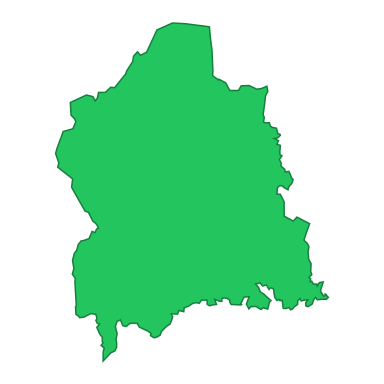 Agloi Vavatsinias, Larnaca, Cyprus (Equal Earth projection)
{"feature_id": "46923920B2556379432135", "entity_name": "Agloi Vavatsinias", "entity_type": "district", "adm_level": 2, "iso_a3": "CYP", "parent_name": "Cyprus", "parent_adm1": "Larnaca", "projection": "equal_earth", "projection_center": [33.198, 34.889], "detail": "fine", "context": "isolated", "style": "filled", "palette": "green", "viewbox_px": 384, "rotation_deg": 0, "n_neighbors": 0, "source": "geoboundaries", "source_scale": "gbopen_adm2", "svg_char_len": 3520}
<svg xmlns="http://www.w3.org/2000/svg" viewBox="0 0 384 384"><path d="M145.0,53.0L140.5,55.3L137.5,51.8L133.5,56.2L132.7,61.6L126.8,70.7L125.5,74.4L124.3,75.6L114.6,87.7L110.7,87.3L108.8,89.1L105.3,92.4L98.6,92.4L97.4,98.0L95.2,100.9L92.9,96.6L86.5,95.0L70.3,102.5L71.1,115.3L74.6,118.8L75.8,121.8L72.8,128.8L63.1,131.5L61.4,136.7L60.2,139.6L57.0,148.4L55.6,153.4L58.8,162.9L57.7,167.2L72.6,178.9L71.6,187.3L85.1,211.2L88.4,212.3L92.8,221.1L95.5,223.2L96.9,224.8L98.4,228.2L96.5,229.1L95.0,232.7L92.1,231.4L89.1,238.6L84.3,240.3L81.0,241.0L78.3,244.4L76.7,250.2L74.4,253.3L72.5,260.4L73.9,268.5L72.3,274.2L75.3,278.3L74.9,281.9L76.3,305.9L75.5,306.9L76.0,314.5L78.0,315.6L79.6,317.6L83.5,317.3L90.9,313.6L95.8,314.4L97.0,318.3L95.9,320.4L97.1,323.1L99.5,324.2L96.8,327.3L99.3,333.1L100.6,335.2L102.3,337.3L102.2,341.3L103.1,342.7L101.1,345.4L104.2,348.1L103.2,351.7L103.1,361.0L103.7,360.4L110.6,353.0L115.0,350.8L116.6,347.3L116.6,342.2L116.0,339.5L117.1,333.9L115.4,326.4L117.1,321.3L120.5,320.0L122.8,325.7L126.2,326.5L129.5,323.7L132.4,323.1L137.3,323.5L139.3,327.1L142.4,328.6L148.2,331.3L151.1,333.6L150.5,335.6L154.1,337.8L157.3,336.9L160.2,335.1L161.4,331.5L166.7,326.2L170.0,324.1L171.7,319.9L172.7,316.9L171.2,313.8L177.6,314.1L178.9,310.5L183.8,311.7L184.2,307.7L188.2,306.4L193.0,303.3L196.5,302.7L199.2,303.3L201.6,300.1L207.0,300.1L207.3,304.5L209.7,305.8L212.6,304.9L216.5,304.5L214.7,299.3L216.5,300.2L219.7,301.2L221.8,301.4L221.9,298.4L224.8,297.9L227.1,298.4L229.9,300.3L229.8,302.1L231.2,304.5L234.5,304.6L240.7,305.0L241.6,304.6L240.8,303.6L244.1,297.1L249.1,296.7L246.4,304.1L248.9,308.9L251.3,306.4L252.8,306.7L254.7,306.4L256.8,306.8L258.3,308.0L261.1,309.5L263.1,307.7L267.7,309.1L269.4,302.4L271.0,300.6L266.5,296.6L263.7,294.0L262.2,293.1L260.5,292.0L259.6,290.1L258.5,287.3L255.5,284.1L260.1,282.9L262.7,286.0L266.4,285.0L269.0,289.4L270.4,287.8L273.2,288.6L273.9,290.8L274.0,293.5L274.9,297.5L276.9,300.5L279.7,299.4L279.9,300.6L282.2,300.4L283.2,308.3L285.3,308.6L289.2,307.5L290.5,309.8L292.3,309.2L294.6,306.5L297.6,304.5L297.7,301.0L299.9,298.6L301.2,300.9L305.7,299.9L307.9,299.8L305.7,302.8L305.9,305.9L308.0,306.7L312.3,304.0L313.6,299.9L315.7,297.4L317.2,299.8L321.7,299.3L326.4,299.3L327.6,298.0L328.4,297.4L326.9,295.8L325.7,294.1L325.0,294.1L325.2,295.1L324.5,296.0L323.9,296.3L322.6,294.5L321.7,293.7L321.9,293.1L320.5,291.5L321.0,288.7L321.6,287.2L323.2,281.9L319.2,282.7L317.2,286.0L316.7,284.1L313.4,284.0L311.7,281.2L310.2,281.7L310.6,278.8L309.0,277.4L310.9,275.4L311.8,274.7L310.7,271.5L311.1,263.7L310.0,261.7L308.7,259.2L308.1,252.1L308.8,247.3L308.9,246.6L307.3,243.4L303.9,240.1L307.0,231.0L309.6,223.7L296.9,217.1L293.2,221.1L284.2,216.1L284.1,201.8L280.2,194.2L277.0,194.2L277.2,190.2L277.5,187.6L279.4,185.9L282.0,185.7L284.3,187.8L288.0,189.8L288.7,186.8L291.5,183.8L292.6,181.6L293.1,179.5L291.7,178.1L290.2,174.2L288.9,171.4L285.1,171.9L284.9,169.5L282.3,167.2L281.1,166.1L281.1,162.7L279.3,159.5L282.0,155.9L279.9,154.5L279.9,151.3L280.2,147.6L280.4,145.4L276.9,144.3L278.5,140.7L274.2,138.5L277.7,137.9L280.3,135.4L280.0,134.3L277.7,133.6L276.5,128.2L272.4,127.4L270.4,126.2L269.3,122.6L265.9,123.0L263.5,122.1L264.3,117.3L263.1,114.9L264.7,103.4L265.5,95.9L267.8,91.5L266.9,86.2L261.5,88.5L256.9,89.2L249.0,85.5L241.1,85.9L238.5,90.5L229.8,90.5L225.7,82.8L218.9,79.2L218.5,80.0L212.6,75.6L212.9,71.0L212.0,50.4L210.3,37.1L209.4,26.8L185.3,23.7L172.5,23.0L157.0,29.9L146.6,52.2L145.0,53.0L145.0,53.0Z" fill="#22c55e" stroke="#15803d" stroke-width="1.5"/></svg>